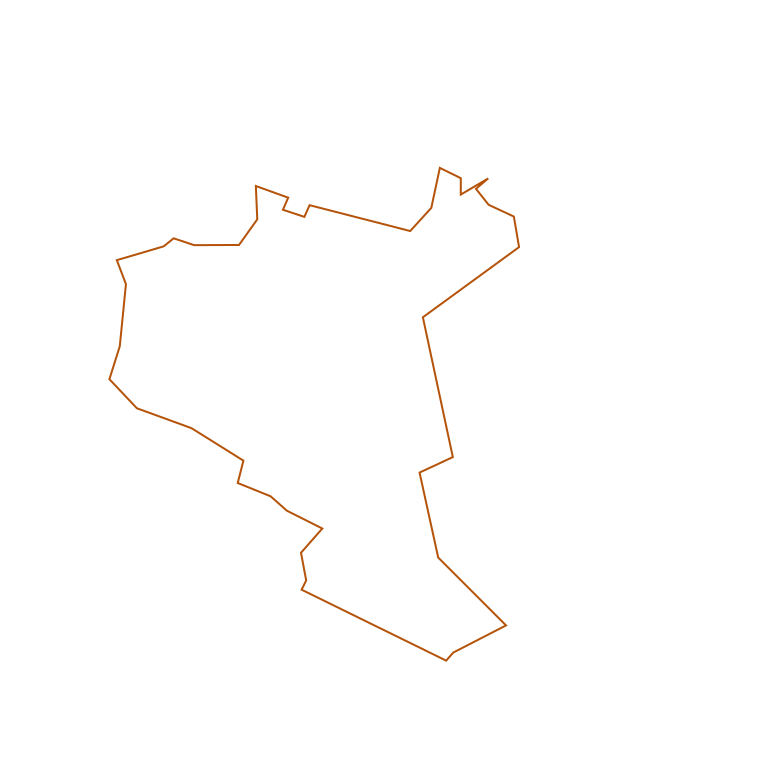 Johnson, Georgia, United States of America, rotated 231°
{"feature_id": "52423323B6841559990412", "entity_name": "Johnson", "entity_type": "district", "adm_level": 2, "iso_a3": "USA", "parent_name": "United States of America", "parent_adm1": "Georgia", "projection": "equal_earth", "projection_center": [-82.627, 32.666], "detail": "fine", "context": "isolated", "style": "outline", "palette": "amber", "viewbox_px": 768, "rotation_deg": 231, "n_neighbors": 0, "source": "geoboundaries", "source_scale": "gbopen_adm2", "svg_char_len": 682}
<svg xmlns="http://www.w3.org/2000/svg" viewBox="0 0 768 768"><g transform="rotate(231 384 384)"><path d="M560.5,173.6L520.6,176.7L470.8,206.6L412.9,226.5L399.1,208.0L368.1,225.2L346.6,228.8L310.5,245.1L305.1,213.3L280.3,199.9L276.0,190.5L129.9,258.2L131.7,268.9L119.6,326.9L215.0,316.9L292.8,355.9L283.9,391.5L411.4,456.2L405.4,575.1L432.4,590.3L457.4,578.1L477.8,578.3L478.2,594.4L482.9,562.9L495.6,573.2L516.8,563.4L491.1,531.6L486.4,500.6L547.6,455.2L569.8,438.7L564.0,427.3L583.0,415.1L589.1,426.8L618.5,409.0L591.7,389.1L583.3,358.8L611.4,323.8L629.6,312.2L629.6,299.5L648.4,254.3L624.0,246.3L579.6,202.4L560.5,173.6Z" fill="none" stroke="#b45309" stroke-width="2"/></g></svg>